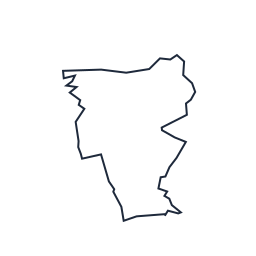 Anderson, Tennessee, United States of America (Mercator projection), rotated 114°
{"feature_id": "52423323B19003785608571", "entity_name": "Anderson", "entity_type": "district", "adm_level": 2, "iso_a3": "USA", "parent_name": "United States of America", "parent_adm1": "Tennessee", "projection": "mercator", "projection_center": [-84.178, 36.106], "detail": "fine", "context": "isolated", "style": "outline", "palette": "slate", "viewbox_px": 256, "rotation_deg": 114, "n_neighbors": 0, "source": "geoboundaries", "source_scale": "gbopen_adm2", "svg_char_len": 774}
<svg xmlns="http://www.w3.org/2000/svg" viewBox="0 0 256 256"><g transform="rotate(114 128 128)"><path d="M193.2,58.7L187.3,57.9L185.6,47.4L183.6,45.4L180.6,56.6L175.8,61.5L175.2,67.1L170.1,66.4L170.9,75.6L159.7,78.1L157.1,74.1L146.9,74.2L135.6,71.5L117.2,69.5L117.6,81.5L116.2,96.0L113.9,97.4L92.0,79.6L82.0,85.0L76.6,82.1L67.7,81.3L61.0,87.7L57.2,99.1L44.4,103.8L41.5,113.0L48.2,117.2L51.4,127.1L65.5,132.6L78.2,152.1L85.6,176.3L102.2,210.6L108.7,206.9L101.7,197.8L108.0,198.0L114.3,201.5L111.5,191.7L119.3,195.6L122.0,183.0L126.9,182.4L128.2,175.7L143.7,178.3L160.1,167.8L165.7,165.7L170.8,160.6L174.7,157.5L163.1,141.9L184.6,123.7L189.5,115.7L192.2,115.5L202.7,102.0L214.5,94.2L205.2,84.2L191.4,58.7L193.2,58.7Z" fill="none" stroke="#1e293b" stroke-width="2"/></g></svg>